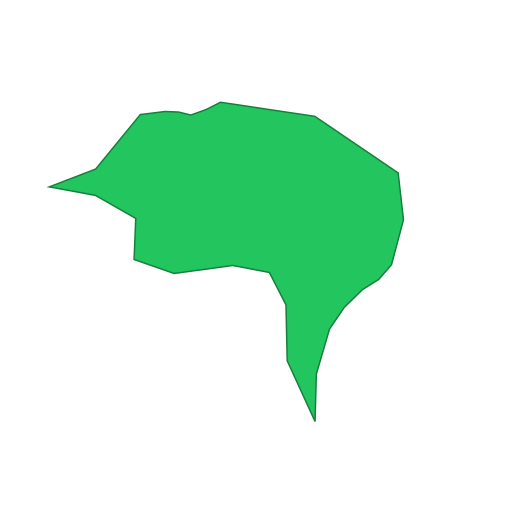 outline of Kween, rotated 337°
{"feature_id": "UGA-5612", "entity_name": "Kween", "entity_type": "District", "adm_level": 1, "iso_a3": "UGA", "parent_name": "Uganda", "parent_adm1": "", "projection": "mercator", "projection_center": [34.563, 1.396], "detail": "fine", "context": "isolated", "style": "filled", "palette": "green", "viewbox_px": 512, "rotation_deg": 337, "n_neighbors": 0, "source": "natural_earth", "source_scale": "10m", "svg_char_len": 502}
<svg xmlns="http://www.w3.org/2000/svg" viewBox="0 0 512 512"><g transform="rotate(337 256 256)"><path d="M204.8,80.6L228.9,87.5L241.1,93.3L251.1,100.8L267.2,101.7L283.4,100.6L325.3,126.3L364.7,150.4L419.3,235.1L405.9,280.3L377.3,317.0L359.9,325.5L341.0,328.5L317.2,337.8L295.2,351.9L265.4,388.3L245.7,431.4L243.8,364.6L264.5,312.7L261.9,276.4L230.8,255.6L173.8,240.1L142.4,211.6L160.0,174.4L131.9,137.5L92.7,111.6L142.4,113.3L204.8,80.6Z" fill="#22c55e" stroke="#15803d" stroke-width="1.5"/></g></svg>